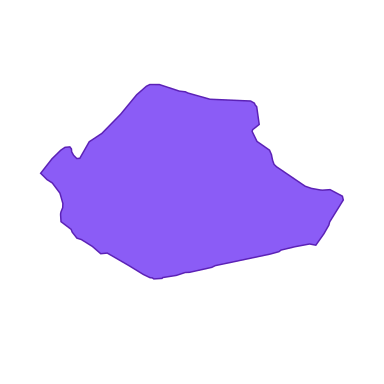 San Carlos Alzatate, Jalapa, Guatemala, rotated 309°
{"feature_id": "79465075B59357563721623", "entity_name": "San Carlos Alzatate", "entity_type": "district", "adm_level": 2, "iso_a3": "GTM", "parent_name": "Guatemala", "parent_adm1": "Jalapa", "projection": "natural_earth1", "projection_center": [-90.078, 14.475], "detail": "fine", "context": "isolated", "style": "filled", "palette": "violet", "viewbox_px": 384, "rotation_deg": 309, "n_neighbors": 0, "source": "geoboundaries", "source_scale": "gbopen_adm2", "svg_char_len": 1107}
<svg xmlns="http://www.w3.org/2000/svg" viewBox="0 0 384 384"><g transform="rotate(309 192 192)"><path d="M228.6,321.7L242.5,320.8L252.4,319.2L255.4,317.8L281.0,314.6L283.4,311.5L280.7,297.8L275.5,292.2L274.3,290.4L270.0,282.6L267.7,276.3L264.8,241.7L265.1,238.4L267.2,234.9L268.5,233.3L269.8,231.7L271.0,230.3L273.3,225.9L272.2,210.7L276.9,200.6L278.6,199.9L286.8,201.7L299.0,188.6L299.4,186.2L300.3,184.6L299.6,180.3L275.4,147.6L266.3,126.4L265.7,123.8L262.4,118.6L255.0,99.1L249.0,91.6L245.5,90.0L232.8,87.8L207.7,87.6L180.9,85.1L166.4,80.5L147.6,83.6L145.5,81.4L146.0,76.9L147.5,73.2L149.6,71.2L150.2,68.7L146.8,65.2L141.9,63.7L129.7,62.3L111.3,62.6L110.4,71.5L111.1,77.8L108.0,90.1L101.8,98.9L98.4,101.4L94.1,102.7L92.7,103.4L91.6,104.2L86.5,108.9L86.9,121.6L85.4,124.2L83.7,131.6L85.4,135.9L87.0,148.8L86.6,159.9L91.2,164.6L95.1,189.3L97.3,206.1L99.0,213.3L100.3,215.2L100.4,217.0L106.0,223.1L107.1,223.1L117.3,232.3L125.2,237.4L128.0,240.6L145.9,254.8L149.4,256.4L193.2,292.0L200.3,297.1L203.0,297.8L214.2,306.4L225.6,316.1L228.6,321.7Z" fill="#8b5cf6" stroke="#5b21b6" stroke-width="1.5"/></g></svg>